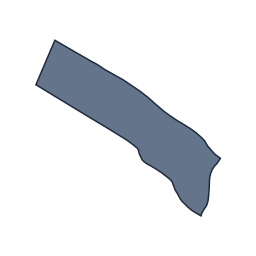 the district of Thamud, Hadramawt, Yemen, rotated 300°
{"feature_id": "15242507B77315063878707", "entity_name": "Thamud", "entity_type": "district", "adm_level": 2, "iso_a3": "YEM", "parent_name": "Yemen", "parent_adm1": "Hadramawt", "projection": "natural_earth1", "projection_center": [49.684, 17.639], "detail": "fine", "context": "isolated", "style": "filled", "palette": "slate", "viewbox_px": 256, "rotation_deg": 300, "n_neighbors": 0, "source": "geoboundaries", "source_scale": "gbopen_adm2", "svg_char_len": 4568}
<svg xmlns="http://www.w3.org/2000/svg" viewBox="0 0 256 256"><g transform="rotate(300 128 128)"><path d="M167.4,20.8L166.9,20.9L165.0,21.1L162.6,21.4L160.2,21.7L157.9,21.9L155.6,22.2L153.6,22.5L151.6,22.7L149.3,23.0L147.4,23.2L144.9,23.5L142.9,23.8L140.2,24.1L137.9,24.4L135.8,24.6L133.4,24.9L131.2,25.2L129.2,25.4L127.0,25.7L125.2,25.9L122.8,26.2L120.9,26.5L119.4,26.6L118.0,88.6L117.9,92.6L117.9,97.1L117.8,99.6L117.7,106.2L117.2,125.0L116.9,133.3L115.9,141.9L115.8,142.5L115.7,142.7L115.6,143.3L115.5,143.6L115.5,143.9L115.4,144.6L115.3,145.4L115.2,145.7L115.1,146.1L114.9,146.7L114.5,147.4L114.1,147.9L113.7,148.3L113.3,148.8L112.8,149.2L112.4,149.6L111.9,150.1L111.5,150.5L111.4,150.6L111.0,151.1L110.7,151.5L110.5,151.8L110.3,152.1L109.9,152.8L109.7,153.0L109.4,153.4L109.3,153.6L109.0,154.0L108.6,154.5L108.3,154.9L108.1,155.1L107.8,155.6L107.6,156.0L107.3,156.9L107.0,157.5L106.9,158.2L106.9,158.5L106.8,158.8L106.8,159.0L106.7,159.6L106.6,160.1L106.6,160.4L106.5,161.2L106.5,162.0L106.5,162.7L106.4,163.4L106.4,164.1L106.5,164.9L106.5,165.3L106.5,165.6L106.5,166.4L106.6,167.1L106.6,167.9L106.5,168.7L106.5,168.9L106.5,169.6L106.5,170.4L106.5,170.8L106.5,171.0L106.5,171.9L106.5,172.0L106.5,172.6L106.4,173.3L106.4,173.5L106.4,174.0L106.4,174.5L106.3,175.4L106.2,176.1L106.2,176.6L106.2,176.8L106.2,177.5L106.1,178.2L106.1,178.9L106.1,179.0L106.0,179.8L106.0,180.1L105.9,180.5L105.9,180.8L105.8,181.2L105.7,181.7L105.7,182.0L105.6,182.7L105.6,183.1L105.5,183.3L105.4,184.0L105.4,184.7L105.3,184.8L105.3,185.1L105.2,185.6L105.1,186.2L105.0,186.9L105.0,187.3L104.9,187.5L104.8,188.2L104.7,188.9L104.7,189.1L104.5,189.7L104.4,190.4L104.3,190.8L104.2,191.1L104.0,191.7L103.7,192.4L103.4,193.1L103.0,193.6L102.8,194.0L102.6,194.2L102.1,194.7L101.6,195.4L101.0,196.1L100.4,196.9L100.2,197.1L100.0,197.5L99.7,197.8L99.3,198.2L98.8,198.8L98.2,199.4L97.9,199.9L97.6,200.5L97.3,200.9L97.2,201.2L96.8,201.8L96.7,201.9L96.5,202.4L96.5,202.5L96.3,202.9L96.1,203.2L95.9,203.5L95.8,203.8L95.6,204.1L95.3,204.6L95.2,204.7L94.9,205.3L94.7,205.6L94.5,205.9L94.1,206.4L93.8,207.0L93.5,207.4L93.4,207.6L93.0,208.3L92.6,208.9L92.4,209.3L92.4,209.5L92.1,210.1L91.8,210.7L91.6,211.4L91.3,211.9L91.2,212.5L91.0,213.4L90.9,214.0L90.7,214.7L90.6,215.3L90.5,215.5L90.4,216.0L90.2,216.6L90.1,217.0L90.0,217.3L90.0,217.5L89.8,218.0L89.7,218.7L89.5,219.2L89.4,219.4L89.3,220.1L89.2,220.7L89.0,221.5L88.9,222.3L88.9,222.7L88.8,223.0L88.7,223.6L88.7,224.2L88.6,224.3L88.5,225.1L88.5,225.3L88.5,225.9L88.5,226.6L88.5,227.3L88.4,227.9L88.4,228.6L88.4,229.3L88.4,229.5L88.4,229.9L88.4,230.3L88.4,230.6L88.4,231.4L88.4,232.2L88.4,233.0L88.4,233.5L88.4,233.9L88.4,234.2L88.4,234.5L88.4,235.2L88.5,235.2L89.0,235.0L89.8,234.8L90.1,234.8L90.4,234.7L90.9,234.6L91.1,234.6L91.7,234.5L92.4,234.5L93.1,234.4L93.4,234.5L93.6,234.5L94.4,234.5L95.0,234.5L95.7,234.5L96.1,234.5L96.3,234.5L96.9,234.6L97.5,234.7L98.0,234.7L98.3,234.8L98.6,234.8L99.2,234.8L99.3,234.8L99.8,234.8L100.1,234.8L100.3,234.7L100.5,234.7L100.9,234.6L101.5,234.6L101.9,234.5L102.1,234.5L102.7,234.3L103.3,234.1L103.9,234.0L104.6,233.8L105.1,233.6L105.8,233.3L106.1,233.2L106.5,233.1L107.0,232.8L107.3,232.7L107.7,232.5L108.3,232.3L108.5,232.2L109.2,231.9L109.7,231.6L109.9,231.6L110.3,231.3L111.1,231.0L111.7,230.7L112.0,230.6L112.3,230.4L112.6,230.3L113.0,230.1L113.6,229.8L114.2,229.5L114.8,229.2L115.6,228.9L115.8,228.8L116.2,228.5L116.5,228.4L116.9,228.2L117.2,228.0L117.7,227.7L118.2,227.5L118.6,227.3L119.3,226.9L119.5,226.8L120.0,226.5L120.6,226.3L120.7,226.2L121.1,225.9L121.7,225.6L122.3,225.3L122.4,225.2L122.9,225.0L123.3,224.8L123.5,224.7L124.1,224.4L124.8,224.1L125.5,223.8L126.2,223.5L126.4,223.4L127.0,223.2L127.7,222.9L128.4,222.8L128.9,222.6L129.6,222.4L130.2,222.3L130.8,222.2L131.4,222.1L132.1,222.0L132.8,221.9L133.2,221.9L133.7,221.8L133.8,221.8L134.8,221.7L135.7,221.8L136.1,221.8L136.5,221.8L136.9,221.8L137.1,221.8L137.7,221.9L138.4,221.9L138.6,222.0L138.9,222.1L139.6,222.3L140.3,222.5L140.9,222.6L141.1,222.6L141.7,222.7L142.1,222.8L142.4,222.8L142.6,222.8L143.1,222.9L143.8,223.0L144.4,223.0L145.0,223.1L145.7,223.1L146.2,223.1L146.6,223.1L147.1,223.1L147.3,223.2L147.5,223.2L148.0,223.2L148.6,217.0L148.9,216.0L150.0,212.3L152.3,205.8L155.0,201.2L155.4,200.1L156.3,197.4L157.5,191.4L157.9,189.5L158.6,183.0L159.0,172.5L159.0,166.8L159.8,156.5L160.4,151.2L160.6,149.6L162.3,140.7L162.5,139.5L164.5,130.1L165.1,125.5L165.8,120.7L167.0,104.2L167.3,100.1L167.2,91.0L167.0,78.8L167.2,75.9L167.6,70.3L167.6,69.7L167.5,64.4L167.4,64.4L167.4,20.8Z" fill="#64748b" stroke="#1e293b" stroke-width="1.5"/></g></svg>